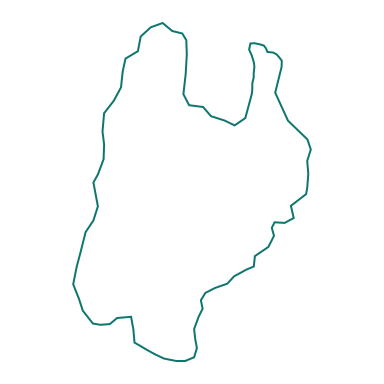 outline of Margi, Nicosia, Cyprus
{"feature_id": "46923920B34513672792511", "entity_name": "Margi", "entity_type": "district", "adm_level": 2, "iso_a3": "CYP", "parent_name": "Cyprus", "parent_adm1": "Nicosia", "projection": "equal_earth", "projection_center": [33.327, 35.024], "detail": "fine", "context": "isolated", "style": "outline", "palette": "teal", "viewbox_px": 384, "rotation_deg": 0, "n_neighbors": 0, "source": "geoboundaries", "source_scale": "gbopen_adm2", "svg_char_len": 1233}
<svg xmlns="http://www.w3.org/2000/svg" viewBox="0 0 384 384"><path d="M281.6,66.9L281.8,60.8L279.2,57.3L276.5,54.3L273.0,52.5L267.5,52.0L265.9,48.3L263.8,45.5L259.7,44.3L254.4,43.2L250.4,43.5L249.1,49.5L251.8,55.6L253.9,62.6L254.4,66.9L253.7,73.1L253.7,77.4L252.3,83.4L252.3,89.5L251.8,94.0L245.3,118.1L234.6,125.4L224.5,120.5L211.0,116.2L203.1,107.0L189.1,105.2L183.4,94.2L185.7,73.9L186.8,54.3L186.3,40.2L182.3,33.5L172.2,31.0L162.6,23.0L150.8,27.3L140.7,36.5L137.9,51.2L125.5,58.6L122.7,71.5L121.0,87.4L113.7,100.9L104.1,113.2L102.5,131.6L104.1,144.4L103.6,159.2L97.9,174.5L93.4,182.5L97.9,206.4L93.4,220.5L85.6,232.1L80.5,252.4L76.6,267.1L73.2,284.3L78.8,298.4L82.8,310.7L92.9,323.5L100.2,324.8L109.8,324.1L117.1,318.0L131.1,316.8L133.4,329.7L134.5,342.6L149.1,351.1L154.8,354.2L163.8,358.5L176.1,361.0L185.1,361.0L194.1,357.3L196.9,348.1L195.3,339.5L194.1,329.1L198.6,316.8L202.6,308.8L200.9,300.2L205.4,292.9L214.9,288.0L227.3,283.7L234.1,276.3L246.4,269.6L253.8,266.5L254.9,256.1L268.4,246.9L274.0,235.8L271.8,227.8L274.6,222.3L284.7,222.9L293.7,218.0L290.9,205.8L306.1,194.1L307.2,188.0L308.3,173.9L307.2,161.0L310.8,149.5L307.4,139.4L288.0,120.7L275.2,92.7L281.6,66.9Z" fill="none" stroke="#0f766e" stroke-width="2"/></svg>